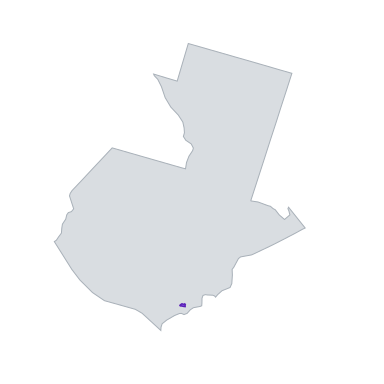 location of El Adelanto, Jutiapa, Guatemala, rotated 16°
{"feature_id": "79465075B13602510028618", "entity_name": "El Adelanto", "entity_type": "district", "adm_level": 2, "iso_a3": "GTM", "parent_name": "Guatemala", "parent_adm1": "Jutiapa", "projection": "natural_earth1", "projection_center": [-89.854, 14.18], "detail": "fine", "context": "in_parent", "style": "filled", "palette": "violet", "viewbox_px": 384, "rotation_deg": 16, "n_neighbors": 0, "source": "geoboundaries", "source_scale": "gbopen_adm2", "svg_char_len": 2069}
<svg xmlns="http://www.w3.org/2000/svg" viewBox="0 0 384 384"><g transform="rotate(16 192 192)"><path d="M73.3,277.6L74.9,275.8L76.2,271.7L77.8,267.5L76.8,262.6L76.3,258.6L78.1,252.9L77.9,248.5L78.8,245.9L81.5,244.1L82.9,240.8L75.3,229.5L75.3,226.9L76.3,223.7L82.6,211.6L90.0,197.1L98.2,181.2L103.1,171.6L121.0,171.6L132.9,171.6L147.9,171.6L164.2,171.6L175.0,171.6L179.4,171.5L178.6,165.2L179.2,158.4L181.2,152.1L181.2,149.4L178.0,146.0L171.8,144.0L168.4,141.0L168.4,137.2L166.8,132.7L163.9,127.3L157.6,121.8L148.2,116.2L140.2,108.7L133.6,99.2L128.0,93.1L123.7,90.6L122.6,89.2L135.3,89.4L147.2,89.5L147.3,75.9L147.4,63.9L147.5,50.3L169.2,50.3L195.0,50.3L221.9,50.3L242.9,50.4L255.3,50.4L254.8,67.2L254.1,86.8L253.7,101.1L253.0,120.3L252.4,139.9L251.5,166.6L250.9,183.9L251.2,184.3L258.3,183.4L268.7,184.2L271.3,184.1L274.5,185.6L276.9,186.1L282.2,190.0L288.5,192.9L292.4,187.0L290.3,183.4L288.8,181.6L289.0,180.0L310.7,195.4L308.1,197.7L302.6,203.2L292.7,212.6L283.7,221.0L275.1,228.6L267.4,235.4L266.5,236.1L256.6,241.0L255.0,243.2L252.9,252.9L251.9,255.3L253.7,260.7L255.5,269.0L254.9,273.3L248.1,278.6L245.0,283.5L243.6,286.6L242.4,285.7L240.3,285.5L235.4,286.7L233.1,287.0L231.1,288.4L230.9,291.3L232.2,296.2L232.7,298.7L231.3,299.8L225.3,302.8L222.9,305.6L220.7,310.1L218.1,312.0L215.3,311.6L213.4,312.3L209.2,315.6L203.0,322.1L199.6,326.9L199.5,330.5L200.2,333.7L177.4,322.3L169.8,320.4L137.8,320.6L124.1,316.1L108.5,307.5L97.9,299.6L73.3,277.6Z" fill="#d9dde1" stroke="#a8b0b8" stroke-width="1"/><path d="M213.1,304.5L215.2,304.3L215.7,304.3L215.8,304.2L216.1,304.2L217.0,304.1L217.0,303.8L216.9,303.6L216.6,303.2L216.6,302.9L216.6,302.4L216.6,301.5L216.7,301.4L216.3,301.7L216.2,301.7L215.9,301.5L215.7,301.7L215.6,301.9L215.3,302.0L215.2,302.1L215.0,302.3L214.5,302.3L214.2,302.3L213.8,302.2L213.6,302.2L213.3,302.4L213.1,302.3L212.7,302.6L212.5,303.0L212.0,303.6L211.7,304.1L211.6,304.3L211.7,304.5L211.8,304.5L212.0,304.4L212.3,304.6L212.5,304.4L212.6,304.6L212.8,304.5L213.0,304.4L213.1,304.5Z" fill="#8b5cf6" stroke="#5b21b6" stroke-width="1.5"/></g></svg>